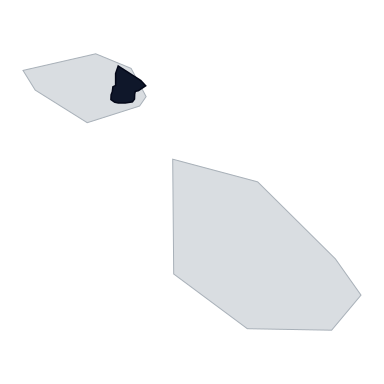 location of Nadur within Malta
{"feature_id": "MLT-5979", "entity_name": "Nadur", "entity_type": "state/province", "adm_level": 1, "iso_a3": "MLT", "parent_name": "Malta", "parent_adm1": "", "projection": "mercator", "projection_center": [14.297, 36.047], "detail": "fine", "context": "in_parent", "style": "filled", "palette": "ink", "viewbox_px": 384, "rotation_deg": 0, "n_neighbors": 0, "source": "natural_earth", "source_scale": "10m", "svg_char_len": 591}
<svg xmlns="http://www.w3.org/2000/svg" viewBox="0 0 384 384"><path d="M361.0,295.1L331.6,330.2L247.3,328.7L173.7,274.0L172.7,159.2L257.7,181.9L335.4,258.9L361.0,295.1ZM139.6,106.0L87.2,122.7L35.2,90.1L23.0,70.4L95.7,53.8L131.1,68.4L146.1,96.6L139.6,106.0Z" fill="#d9dde1" stroke="#a8b0b8" stroke-width="1"/><path d="M118.2,66.0L140.8,80.5L145.7,85.8L141.5,88.6L138.4,90.7L135.3,91.4L134.7,94.0L134.5,99.1L132.4,101.9L125.2,103.0L118.3,103.0L114.6,102.2L110.9,99.6L111.1,94.8L112.3,91.7L112.9,86.8L115.6,85.5L115.6,73.5L118.2,66.0Z" fill="#0f172a" stroke="#020617" stroke-width="1.5"/></svg>